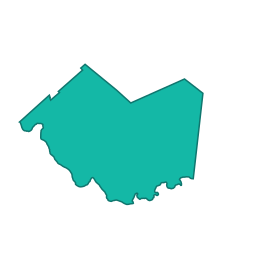 outline of Nuevo Laredo, Tamaulipas, Mexico, rotated 134°
{"feature_id": "50627088B36584167330730", "entity_name": "Nuevo Laredo", "entity_type": "district", "adm_level": 2, "iso_a3": "MEX", "parent_name": "Mexico", "parent_adm1": "Tamaulipas", "projection": "robinson", "projection_center": [-99.568, 27.475], "detail": "fine", "context": "isolated", "style": "filled", "palette": "teal", "viewbox_px": 256, "rotation_deg": 134, "n_neighbors": 0, "source": "geoboundaries", "source_scale": "gbopen_adm2", "svg_char_len": 5673}
<svg xmlns="http://www.w3.org/2000/svg" viewBox="0 0 256 256"><g transform="rotate(134 128 128)"><path d="M112.0,203.1L117.7,203.6L117.9,200.9L150.1,203.5L150.1,201.9L161.7,203.0L160.5,205.4L160.1,205.2L159.0,207.4L178.7,208.8L199.0,210.2L198.9,210.0L198.9,209.6L199.0,209.3L199.1,208.9L199.5,208.0L200.4,206.3L200.9,205.5L201.3,204.8L201.5,204.3L201.9,203.2L202.0,202.9L202.1,202.4L202.0,201.0L201.9,200.6L201.2,199.7L200.8,199.2L200.7,198.9L200.7,198.7L200.0,198.1L199.8,197.8L199.7,197.5L199.6,197.1L199.2,196.8L198.5,196.5L197.9,196.3L197.2,196.2L196.6,196.1L196.0,196.2L195.6,196.3L195.2,196.4L194.3,196.9L193.9,197.0L193.6,197.0L191.6,197.0L190.2,197.1L189.7,197.0L189.2,196.7L188.9,196.6L188.3,196.7L188.1,196.7L187.8,196.6L187.5,196.3L186.0,194.5L185.7,194.3L185.3,193.9L185.2,193.8L184.9,192.8L184.6,192.3L184.6,192.0L184.6,191.8L184.8,191.4L185.4,191.0L185.7,190.6L186.1,190.0L186.4,189.7L186.5,189.4L186.6,189.1L187.0,188.9L187.6,188.9L188.4,189.0L188.9,189.0L189.3,189.0L190.3,188.7L190.8,188.1L191.3,187.9L192.7,186.7L193.8,185.7L195.0,184.6L195.7,183.9L196.0,183.4L196.2,183.0L196.2,182.8L196.2,182.5L195.8,181.3L195.4,180.3L195.1,179.2L195.1,178.7L195.1,177.9L195.1,177.7L195.0,177.4L195.0,177.1L195.2,176.4L195.4,175.7L195.6,175.6L195.7,175.4L195.9,174.8L196.1,173.8L196.4,173.0L196.5,172.5L196.7,171.8L197.2,171.2L197.7,170.1L197.9,169.7L197.9,169.4L198.1,169.2L198.3,169.0L198.6,168.8L198.9,168.5L199.1,168.2L199.3,167.8L199.5,167.5L200.1,166.7L200.3,166.5L200.4,166.2L200.5,165.6L200.5,164.9L200.5,164.3L200.3,164.1L200.3,163.9L200.4,163.2L200.3,162.4L200.2,161.6L200.4,161.0L200.5,160.7L201.2,159.1L201.4,158.7L201.4,157.6L201.5,157.2L201.6,155.5L201.9,154.5L202.0,153.9L201.9,153.1L201.8,152.7L201.7,152.3L201.5,151.9L201.3,151.4L201.2,150.9L201.1,150.4L200.9,149.1L200.8,148.3L200.5,147.3L200.4,146.8L199.6,144.8L199.5,144.4L199.3,143.0L199.1,142.0L199.2,140.2L199.3,139.5L199.9,137.2L200.1,136.5L200.3,136.2L200.6,135.7L201.7,134.4L202.2,133.7L202.7,132.6L203.2,131.8L203.5,131.2L203.6,130.7L203.6,129.8L203.7,128.3L203.8,127.9L203.9,127.5L204.1,127.4L204.7,127.0L204.8,126.8L205.0,126.4L204.9,125.9L204.8,124.6L204.7,124.2L204.6,123.9L204.4,123.1L204.3,122.8L204.1,122.4L203.6,121.6L203.0,121.0L202.7,120.7L201.3,119.7L200.0,119.0L199.6,118.9L199.1,118.8L198.8,118.8L198.5,118.7L197.5,118.1L197.2,118.0L197.0,117.9L196.4,117.9L195.4,118.1L194.8,118.3L194.1,118.5L193.7,118.4L193.2,118.3L192.8,118.3L191.9,118.7L191.7,118.9L191.2,119.1L190.7,119.2L189.8,119.4L189.3,119.4L188.9,119.4L188.4,119.1L188.1,118.9L188.0,118.3L188.0,117.6L188.3,116.3L188.6,115.3L188.7,115.0L189.0,114.0L189.1,113.1L189.1,112.7L188.9,109.1L189.0,108.8L189.3,107.9L189.5,107.2L189.6,106.4L189.8,105.5L190.0,104.7L190.1,102.5L190.1,101.4L190.1,100.2L190.5,99.1L190.7,98.7L191.0,97.6L191.0,97.2L191.3,96.6L191.5,96.4L192.7,95.4L192.9,95.2L193.2,94.7L193.3,93.7L193.3,93.4L193.3,93.0L193.8,92.2L193.8,91.9L193.7,91.4L193.4,90.8L193.1,90.1L192.5,89.2L192.3,89.0L190.6,88.3L190.0,87.8L189.7,87.5L189.3,87.4L188.9,87.1L188.5,86.8L188.1,86.5L187.7,86.1L187.6,85.7L187.1,84.9L185.7,81.7L185.5,81.4L185.2,79.7L184.9,78.4L184.4,77.1L184.1,76.3L183.9,75.9L183.5,75.5L183.1,75.1L182.5,74.6L180.9,73.6L180.3,73.1L179.1,72.1L178.8,71.9L178.6,71.9L178.4,71.9L178.3,72.1L177.8,72.8L177.7,73.1L177.6,73.5L177.7,73.9L177.6,74.1L177.5,74.3L176.6,74.8L174.3,75.4L173.6,75.6L172.2,76.3L171.7,76.4L170.9,76.8L170.6,76.9L170.4,76.9L170.1,76.9L169.9,76.8L169.6,76.7L169.4,76.7L169.1,76.6L168.7,76.3L168.6,76.2L168.5,75.9L168.5,75.5L168.6,75.4L168.9,75.1L169.7,75.1L170.0,75.0L170.3,74.8L170.6,74.4L170.9,74.0L171.3,73.3L171.3,72.0L171.2,70.6L171.2,70.3L171.1,70.1L171.0,69.9L170.8,69.8L169.8,69.6L169.4,69.5L169.1,69.3L168.8,68.9L167.7,67.9L167.4,67.6L167.3,67.3L167.0,67.0L166.7,66.9L166.2,66.5L166.1,66.3L166.0,66.1L165.9,65.4L165.9,63.8L165.8,63.4L165.7,63.0L165.5,62.7L165.4,62.3L165.2,62.1L164.7,61.7L164.1,61.4L163.5,61.1L163.3,61.0L163.1,61.0L162.8,61.0L162.6,61.0L162.5,60.8L162.2,60.8L161.3,61.3L161.1,61.4L160.8,61.3L160.2,61.1L159.6,61.4L159.4,61.5L159.2,61.8L159.1,62.1L158.9,62.3L158.7,62.5L158.4,62.6L158.1,62.6L157.9,62.6L157.6,62.5L157.3,62.3L157.0,62.1L156.8,61.8L156.7,61.1L156.5,60.4L156.2,60.1L155.8,59.9L155.0,59.9L154.7,60.0L154.4,60.2L154.2,60.5L153.9,61.5L153.9,61.9L154.0,62.1L154.1,62.4L154.4,62.6L154.8,62.7L155.0,62.9L155.2,63.1L155.3,63.4L155.4,63.7L155.4,64.0L155.3,64.3L154.9,64.9L154.6,65.2L154.0,65.6L153.7,65.8L152.0,66.3L151.3,66.6L150.4,66.9L150.0,66.9L149.8,66.9L149.4,66.7L148.6,66.3L147.2,65.6L146.6,65.4L146.2,65.4L145.9,65.5L145.7,65.6L145.5,65.8L145.3,65.9L144.9,65.9L144.6,65.9L144.2,65.9L143.9,65.8L143.7,65.5L143.5,65.4L142.9,64.9L142.6,64.4L142.0,64.0L141.2,63.7L140.8,63.4L140.6,63.2L140.4,62.7L140.6,61.9L140.9,61.3L141.1,61.2L142.0,60.7L142.6,60.0L143.0,59.3L143.2,58.7L143.3,58.4L143.3,58.1L143.3,57.4L143.1,57.1L142.4,56.2L141.9,55.2L141.8,54.9L141.4,54.5L141.0,54.3L140.3,53.8L139.9,53.6L139.6,53.5L139.1,53.5L138.2,53.4L137.5,53.6L137.2,53.8L136.8,54.0L136.2,54.1L135.9,54.0L135.2,53.6L134.8,53.4L134.4,53.2L133.5,52.9L133.1,52.6L132.8,52.3L132.6,51.9L132.5,51.5L132.5,51.0L132.6,50.2L132.3,49.9L132.2,49.8L131.9,49.9L130.8,51.0L130.5,51.6L130.2,52.0L130.0,52.3L129.8,52.9L129.3,54.5L129.3,55.0L129.2,55.3L128.8,55.4L128.0,55.5L127.6,55.5L127.0,55.4L126.8,55.3L126.6,55.1L126.3,54.9L125.3,54.5L124.9,54.1L124.4,53.5L123.7,53.0L123.4,52.7L123.2,52.5L122.8,52.4L122.5,52.1L122.4,51.9L122.2,51.6L121.9,51.4L121.1,50.5L120.9,50.2L120.9,49.8L120.8,48.9L120.7,48.4L120.7,48.2L120.6,47.7L120.4,47.3L120.0,46.8L119.8,46.5L119.2,45.8L51.0,98.2L53.5,121.4L108.1,143.4L108.7,162.5L112.0,203.1Z" fill="#14b8a6" stroke="#0f766e" stroke-width="1.5"/></g></svg>